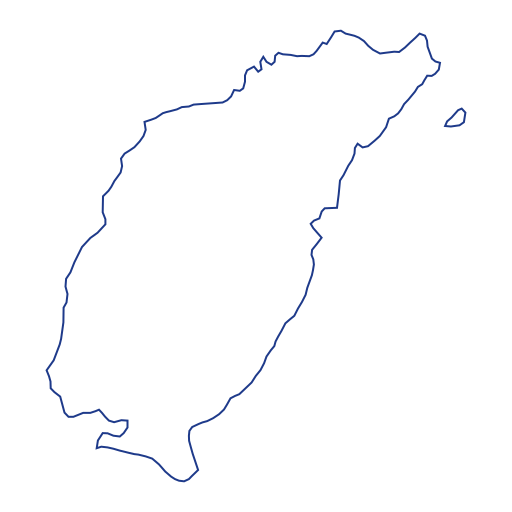 Guimarães, Maranhão, Brazil
{"feature_id": "56859067B67184949863707", "entity_name": "Guimarães", "entity_type": "district", "adm_level": 2, "iso_a3": "BRA", "parent_name": "Brazil", "parent_adm1": "Maranhão", "projection": "equal_earth", "projection_center": [-44.642, -2.155], "detail": "fine", "context": "isolated", "style": "outline", "palette": "blue", "viewbox_px": 512, "rotation_deg": 0, "n_neighbors": 0, "source": "geoboundaries", "source_scale": "gbopen_adm2", "svg_char_len": 2799}
<svg xmlns="http://www.w3.org/2000/svg" viewBox="0 0 512 512"><path d="M198.1,470.0L192.7,453.8L190.7,446.7L189.1,440.8L188.9,435.8L189.4,430.9L192.2,427.0L198.6,424.0L202.5,422.4L207.2,421.1L213.1,418.2L219.1,414.2L224.0,409.5L226.8,404.9L230.5,398.3L235.1,395.9L239.3,394.2L243.2,390.5L247.3,386.6L251.6,382.5L255.8,375.9L260.5,370.1L264.1,363.2L266.5,356.5L270.8,350.3L274.3,346.1L275.6,341.4L278.3,336.3L281.4,331.0L285.4,323.3L290.0,319.3L294.3,315.8L298.0,308.5L302.0,301.9L305.6,294.8L307.3,287.8L311.9,275.2L313.0,270.1L313.9,264.5L313.3,259.4L311.5,254.9L312.1,249.8L316.8,244.0L321.6,237.7L318.2,233.8L313.3,228.2L310.7,223.8L314.0,220.6L319.4,218.4L321.7,211.5L324.7,208.3L337.0,207.8L338.7,194.2L340.0,180.5L343.5,175.2L348.3,165.7L352.0,160.2L354.5,153.6L354.9,148.0L357.6,143.7L362.6,147.4L368.0,146.2L374.5,140.8L379.8,136.0L386.1,127.2L388.9,118.7L394.3,116.3L398.1,113.4L401.3,109.2L404.1,104.1L408.2,99.8L415.0,91.6L417.9,86.9L422.2,84.2L424.4,80.2L427.2,75.7L431.7,75.9L435.1,73.8L438.8,69.6L440.0,62.8L435.4,61.5L431.9,58.6L427.6,46.7L427.0,40.6L425.0,35.7L419.6,33.6L415.3,37.9L410.0,42.7L405.0,47.5L399.1,52.0L394.3,51.7L385.3,52.8L380.0,53.5L373.0,49.8L368.2,45.8L364.0,41.1L358.8,37.6L354.5,35.8L350.2,34.7L345.6,33.6L340.9,30.7L334.6,31.5L331.2,37.1L326.7,44.0L322.7,42.6L316.6,50.9L313.5,54.3L309.3,56.2L301.6,55.9L297.1,56.2L290.6,54.9L282.9,54.3L278.5,52.8L275.2,55.7L274.6,61.8L271.4,64.7L266.5,61.8L263.3,56.8L260.3,61.8L261.5,69.3L258.2,71.7L254.0,66.6L247.1,70.3L245.0,75.4L245.0,81.7L243.2,88.4L239.8,90.8L234.1,90.0L231.1,96.4L227.2,100.2L222.6,102.5L200.1,104.1L193.6,104.6L188.9,106.5L181.8,107.1L176.9,109.4L170.1,111.2L166.3,112.1L162.8,113.2L159.3,115.6L155.7,118.0L151.2,119.7L144.5,121.9L145.7,129.9L143.5,136.0L139.7,141.4L134.4,147.2L129.4,150.6L124.6,153.6L121.0,158.6L122.1,166.1L120.6,172.5L117.0,177.5L114.4,181.0L111.3,186.8L108.5,190.8L103.0,196.3L102.7,212.3L105.4,219.2L105.4,224.3L97.5,232.8L90.4,237.9L82.0,247.0L74.4,262.3L70.4,272.4L66.1,278.8L65.5,286.6L67.5,294.0L66.5,302.5L63.6,307.6L63.4,322.4L61.1,338.9L59.7,344.5L53.7,360.3L46.6,370.3L49.0,376.2L50.5,381.5L50.7,388.3L54.4,392.1L60.2,396.6L62.7,405.9L64.5,412.6L68.5,416.8L73.4,416.8L83.1,412.9L90.2,412.9L95.4,411.2L99.0,409.7L102.0,412.9L105.0,416.6L108.9,420.6L114.1,422.2L121.4,420.2L127.5,420.6L127.5,427.5L123.7,433.1L119.8,436.5L113.4,435.7L107.6,433.3L102.7,433.1L97.9,440.5L96.7,448.2L101.3,446.7L107.5,447.4L113.3,448.7L119.8,450.6L129.5,453.0L134.2,454.1L138.4,454.6L145.7,456.4L152.2,458.6L159.0,464.4L165.3,471.6L171.1,476.6L175.0,479.1L179.0,480.7L184.1,481.3L188.9,479.1L191.8,476.1L198.1,470.0ZM459.5,125.3L463.9,122.2L465.4,112.6L461.7,108.6L458.1,110.2L451.6,117.5L447.1,121.4L445.1,126.0L450.9,126.5L459.5,125.3Z" fill="none" stroke="#1e3a8a" stroke-width="2"/></svg>